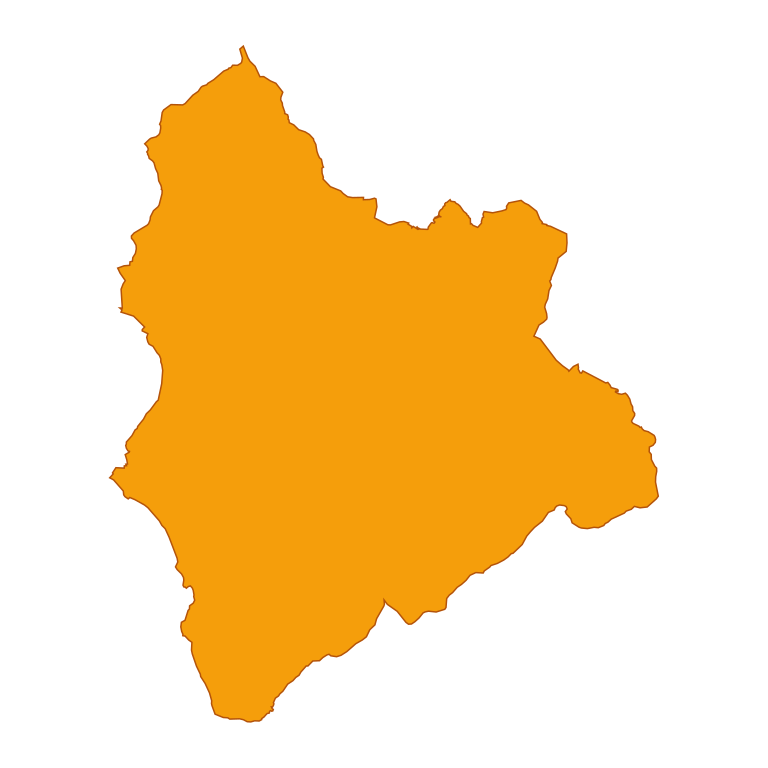 Rosia, Sibiu, Romania (Equal Earth projection)
{"feature_id": "2599482B70516542388979", "entity_name": "Rosia", "entity_type": "district", "adm_level": 2, "iso_a3": "ROU", "parent_name": "Romania", "parent_adm1": "Sibiu", "projection": "equal_earth", "projection_center": [24.304, 45.817], "detail": "fine", "context": "isolated", "style": "filled", "palette": "amber", "viewbox_px": 768, "rotation_deg": 0, "n_neighbors": 0, "source": "geoboundaries", "source_scale": "gbopen_adm2", "svg_char_len": 6104}
<svg xmlns="http://www.w3.org/2000/svg" viewBox="0 0 768 768"><path d="M658.3,496.2L655.5,482.1L655.7,476.7L656.7,471.3L656.6,468.1L654.8,466.2L651.4,459.6L651.2,454.3L649.2,451.8L649.4,447.0L653.0,445.3L655.3,442.4L655.6,439.5L654.9,436.9L654.1,435.4L648.2,431.7L644.1,430.6L642.2,428.9L641.3,427.0L640.0,427.4L639.0,426.2L633.1,423.4L631.8,421.9L631.6,420.8L634.6,415.5L634.7,413.5L632.8,410.6L632.6,406.8L631.0,403.8L629.8,399.2L627.4,395.2L625.4,393.2L621.7,394.3L618.4,393.7L615.7,392.2L615.4,391.9L616.0,390.9L618.0,391.5L618.1,390.1L617.2,389.3L611.2,387.6L609.9,385.0L607.8,382.4L605.8,383.0L582.8,370.9L581.5,373.1L580.1,372.8L578.2,369.1L578.5,367.8L578.0,364.2L573.4,366.5L568.9,371.2L568.1,369.8L562.4,365.7L556.2,360.2L540.2,339.0L533.9,336.2L539.0,325.0L543.5,322.1L546.7,319.1L547.0,317.4L546.6,313.6L544.7,307.2L545.3,304.2L547.7,298.9L549.0,290.5L551.4,285.5L549.7,281.0L550.9,279.6L551.2,277.6L555.2,268.1L557.6,261.1L558.0,258.1L566.2,251.4L567.0,242.9L566.6,233.9L550.5,226.3L546.8,225.5L546.8,224.6L542.1,223.6L542.4,222.4L539.9,219.4L536.6,211.3L528.5,204.9L524.6,203.1L521.1,200.4L508.7,202.9L506.5,206.3L506.7,208.1L506.0,209.6L501.9,210.9L492.7,212.8L484.1,211.5L483.0,214.1L483.6,217.2L482.4,217.7L481.4,221.5L481.5,223.1L477.7,227.4L472.9,225.3L471.5,223.7L470.5,223.9L470.3,218.5L469.0,217.6L468.5,216.1L466.9,214.8L466.6,213.7L463.6,211.3L460.0,206.1L458.0,204.3L456.1,203.4L454.8,201.8L451.0,201.3L450.1,199.7L446.9,202.4L445.7,202.7L444.7,204.0L444.9,205.6L443.4,206.4L442.4,208.6L440.4,210.1L439.1,212.1L438.7,214.7L439.1,215.3L438.3,215.8L441.4,216.9L437.9,216.5L435.7,217.2L437.0,217.7L434.3,218.6L433.5,219.7L433.6,220.9L434.7,221.6L434.8,222.4L434.0,223.2L432.0,222.6L431.2,223.1L428.3,227.1L428.0,229.1L427.5,229.4L420.5,229.1L417.6,227.7L418.5,229.2L417.9,229.4L416.5,228.4L416.7,227.7L416.1,228.2L413.2,226.4L411.9,227.8L411.6,226.3L408.1,224.2L408.7,223.1L403.9,221.5L399.6,221.9L390.5,224.9L387.9,224.8L375.3,218.3L374.5,217.8L376.9,206.8L376.0,198.9L374.5,198.2L369.7,199.5L363.4,199.7L363.5,197.4L352.6,197.6L347.6,196.8L343.1,193.5L340.7,190.9L330.4,186.7L323.0,179.0L323.4,177.4L322.1,173.2L321.9,168.2L323.5,167.1L322.8,165.9L321.4,159.3L319.5,157.8L318.1,154.8L316.9,151.2L315.8,144.4L313.7,140.4L313.5,138.9L309.4,134.5L305.2,131.9L298.7,129.7L293.8,124.9L289.3,122.7L288.9,119.9L288.1,119.2L288.3,117.0L287.6,114.8L284.7,113.5L284.8,112.2L282.5,105.5L282.3,103.1L280.7,99.9L280.9,97.3L282.8,92.2L275.9,83.3L270.4,80.9L263.7,76.6L259.9,76.7L255.1,66.3L249.9,61.2L247.9,57.7L243.3,46.1L239.8,49.1L242.4,58.1L241.7,62.1L240.7,63.4L237.5,65.3L232.7,65.2L230.9,67.6L228.7,68.2L228.2,69.2L223.7,71.1L213.6,79.8L207.9,83.3L206.7,84.8L202.4,86.2L201.0,87.3L198.2,91.4L192.8,95.2L185.1,103.6L182.7,104.9L171.0,104.6L163.6,110.0L162.2,112.5L161.0,121.0L159.6,124.3L160.6,125.6L160.7,128.2L159.9,132.8L158.8,134.8L156.0,136.9L151.2,138.1L149.6,139.1L144.7,143.8L146.9,146.1L148.2,148.6L148.0,150.4L146.8,151.9L147.7,153.4L147.6,154.4L148.5,155.7L149.2,158.4L152.6,160.9L154.0,162.8L155.6,168.6L157.8,173.3L158.7,180.8L161.0,185.5L161.6,188.2L161.3,189.3L162.2,190.3L162.0,193.8L159.1,205.1L157.9,206.9L153.5,210.7L150.4,216.9L150.1,219.9L148.6,223.7L147.0,225.3L134.1,233.0L131.4,236.0L131.5,238.3L133.7,240.9L136.1,245.4L136.3,248.9L135.4,253.4L132.8,257.6L132.4,261.3L130.0,261.8L129.7,265.3L124.1,265.8L117.7,268.1L120.2,273.3L125.3,280.6L123.2,283.8L121.1,289.2L122.3,308.1L119.8,308.0L122.0,309.9L121.0,312.1L133.6,316.1L144.6,327.0L142.3,329.5L142.2,330.9L147.9,333.7L146.7,337.4L147.8,341.8L149.1,344.2L153.0,346.3L157.0,352.7L159.4,355.4L160.8,358.9L160.8,361.9L161.8,364.6L162.7,370.4L161.7,383.7L158.2,400.2L156.4,401.7L150.2,410.1L146.4,413.7L143.5,419.2L137.7,426.4L137.2,428.5L135.1,429.9L132.0,435.6L126.4,442.0L126.3,444.2L125.7,445.4L126.4,448.3L128.0,450.9L129.5,451.4L129.3,452.1L125.2,454.6L126.8,459.8L127.5,464.0L125.8,464.2L126.5,465.7L124.3,465.9L124.2,468.1L115.9,467.7L112.5,472.9L113.2,473.9L109.7,477.8L113.6,479.9L123.3,491.0L123.7,494.8L124.9,496.6L128.2,498.9L129.8,497.5L135.0,499.7L144.5,505.0L147.9,507.7L159.3,520.8L161.9,525.4L165.2,528.7L169.1,537.2L177.1,558.2L177.8,562.0L175.5,566.9L177.2,569.6L181.6,574.0L183.5,577.5L183.8,580.1L183.0,585.2L183.8,586.9L185.4,587.2L186.3,588.2L188.4,586.5L190.4,585.9L192.3,588.0L193.2,590.3L194.0,595.0L193.7,596.5L194.7,600.2L193.2,603.2L189.6,605.8L189.4,609.1L188.1,610.4L185.0,620.3L181.4,622.3L180.8,626.9L181.7,631.5L182.9,634.2L182.8,635.7L185.1,636.1L188.7,640.0L191.9,642.3L191.5,650.1L192.3,653.9L196.5,666.2L200.3,674.1L200.7,676.6L205.1,683.4L209.5,692.9L211.7,700.8L211.5,703.6L212.0,705.7L215.1,714.2L223.3,717.5L227.8,717.8L229.8,719.1L239.6,718.8L243.4,719.7L247.2,721.7L250.8,721.9L254.7,720.8L259.2,721.0L261.7,719.6L261.7,718.6L263.9,717.1L267.0,713.6L269.3,713.0L269.6,711.4L270.6,710.6L271.6,711.2L272.8,710.9L273.3,709.4L272.2,708.7L271.4,706.9L272.5,707.0L273.4,705.5L273.9,703.8L273.4,702.7L275.4,698.1L278.5,696.0L279.9,693.8L282.8,691.3L287.7,684.1L293.0,680.6L295.8,677.4L299.0,675.3L300.9,672.0L306.2,666.0L307.9,666.0L312.8,661.0L319.5,660.7L322.9,657.5L327.0,654.9L329.1,654.3L330.8,655.8L336.6,656.7L341.0,655.3L346.8,651.6L355.8,643.7L362.3,640.0L366.4,636.8L369.8,629.7L374.9,624.9L376.6,618.7L383.8,606.1L384.4,604.3L384.1,600.0L387.4,604.4L397.2,611.3L406.0,622.4L408.5,624.2L411.5,624.0L414.9,621.7L419.0,618.0L423.1,612.9L425.2,611.9L428.5,611.2L436.2,612.0L444.8,609.3L446.0,607.5L446.7,598.5L449.3,595.1L452.6,592.6L457.2,587.3L461.5,584.4L466.1,580.3L470.0,575.3L475.8,572.6L483.2,573.0L484.3,570.9L489.7,567.1L491.0,565.5L497.4,563.4L503.8,560.0L508.1,556.9L511.3,553.6L513.0,553.3L522.2,544.5L526.8,536.0L530.3,531.9L534.5,527.4L542.4,521.1L548.4,512.4L554.2,510.0L555.2,507.6L556.8,506.0L559.6,505.0L564.3,505.6L566.2,506.6L567.2,509.0L565.3,511.6L566.3,513.9L570.8,518.7L572.1,522.8L579.0,527.2L581.3,528.0L587.4,528.6L594.1,527.3L598.3,527.7L603.8,525.5L605.2,523.5L607.9,522.2L611.3,519.1L624.3,513.1L626.2,511.1L631.3,509.3L634.4,506.4L640.0,507.8L647.2,507.0L656.3,498.9L658.3,496.2Z" fill="#f59e0b" stroke="#b45309" stroke-width="1.5"/></svg>